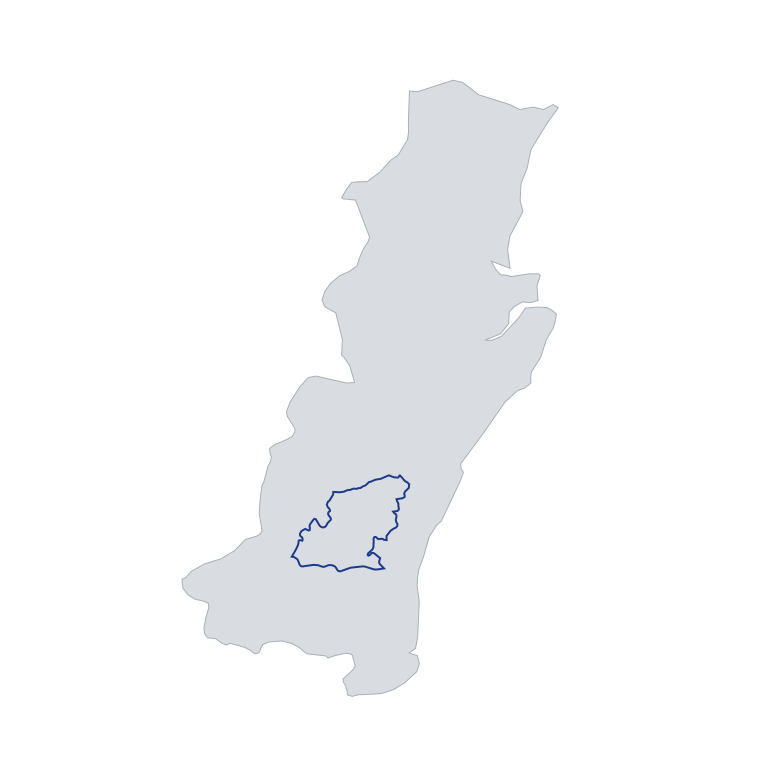 Portugal, with Viseu highlighted, rotated 193°
{"feature_id": "PRT-755", "entity_name": "Viseu", "entity_type": "District", "adm_level": 1, "iso_a3": "PRT", "parent_name": "Portugal", "parent_adm1": "", "projection": "mercator", "projection_center": [-7.901, 40.768], "detail": "fine", "context": "in_parent", "style": "outline", "palette": "blue", "viewbox_px": 768, "rotation_deg": 193, "n_neighbors": 0, "source": "natural_earth", "source_scale": "10m", "svg_char_len": 4728}
<svg xmlns="http://www.w3.org/2000/svg" viewBox="0 0 768 768"><g transform="rotate(193 384 384)"><path d="M296.9,97.2L305.7,88.7L314.5,83.1L319.3,81.0L339.4,75.3L344.7,72.5L349.7,72.9L350.5,75.7L353.4,81.0L356.6,84.7L357.5,87.5L349.7,98.9L348.6,102.9L352.7,110.3L353.4,112.4L355.4,113.4L360.8,113.1L370.5,108.4L377.0,104.4L379.3,106.0L398.3,103.8L402.8,105.6L405.8,107.6L415.2,110.4L425.4,110.7L438.0,106.8L443.5,102.9L444.6,98.6L444.9,95.4L446.5,93.3L449.4,92.1L453.9,94.3L460.3,96.0L475.7,96.7L478.7,94.3L483.9,95.0L490.8,98.0L498.8,97.0L502.8,100.7L504.5,105.6L505.0,116.2L504.4,126.9L505.9,130.9L511.3,131.9L520.0,131.8L527.8,134.7L533.9,139.7L535.9,144.9L536.8,148.4L533.8,150.5L529.6,158.1L518.9,168.0L503.7,176.9L492.1,188.0L484.1,201.3L474.1,206.9L471.0,209.9L469.8,213.5L476.4,229.7L478.5,242.2L480.1,257.4L479.0,261.7L478.5,278.4L477.0,283.3L477.3,287.3L479.8,291.6L480.9,295.6L476.3,300.8L467.9,306.8L461.7,312.1L460.1,317.1L460.5,320.2L470.9,330.7L472.8,334.9L471.4,345.3L465.4,362.2L459.7,372.5L458.7,373.5L452.1,376.4L420.7,376.5L413.0,378.8L414.1,380.9L421.5,394.0L429.2,401.1L431.8,402.7L434.5,418.0L447.0,442.5L459.1,445.9L463.3,452.0L462.5,460.6L458.8,470.0L451.4,479.6L442.6,486.4L436.8,493.1L436.3,500.9L434.5,510.8L431.7,518.6L431.0,523.8L453.2,556.8L465.5,555.2L467.1,556.0L464.9,563.8L461.0,573.0L456.3,574.7L445.8,577.5L435.8,589.4L427.7,603.6L421.6,610.5L416.0,627.4L416.7,634.7L419.4,645.9L425.1,675.1L417.0,676.4L385.1,695.5L375.2,695.5L356.8,687.1L324.3,684.5L313.7,682.0L300.5,687.4L290.3,687.3L282.1,694.3L276.3,692.4L283.0,676.7L293.5,645.6L293.1,626.5L295.6,610.0L292.7,593.5L287.4,583.2L294.6,556.5L293.8,542.7L287.2,525.1L307.1,527.8L301.0,520.9L294.9,516.6L289.0,517.6L284.1,517.3L267.1,524.1L258.6,526.1L256.2,525.0L257.1,514.1L252.7,500.0L259.5,496.3L267.4,495.2L274.1,489.2L278.2,482.5L276.1,470.5L281.9,459.0L295.6,449.4L288.5,450.9L280.4,456.9L267.6,478.7L263.4,489.7L252.5,493.3L242.7,495.1L237.7,493.9L231.8,491.1L231.2,483.0L231.7,476.5L235.8,463.6L237.3,445.3L243.1,428.9L242.7,424.5L241.1,418.0L246.2,411.6L252.6,407.4L262.2,393.3L275.7,359.5L291.3,323.5L290.0,319.1L286.7,315.7L288.0,305.9L297.4,263.3L301.2,257.8L305.6,245.2L306.6,225.0L308.3,211.0L307.9,203.9L306.5,195.5L300.6,179.3L294.3,144.9L293.8,133.4L299.0,127.6L290.5,126.8L286.6,119.3L287.5,110.9L296.9,97.2Z" fill="#d9dde1" stroke="#a8b0b8" stroke-width="1"/><path d="M407.3,192.6L411.7,192.0L422.7,187.8L424.1,187.9L425.5,188.9L428.3,193.0L429.5,194.0L432.6,195.1L435.0,194.9L432.6,202.9L431.8,206.5L431.5,208.9L431.9,212.2L430.7,213.0L428.5,212.9L428.2,213.4L428.3,214.1L428.9,215.6L429.7,216.3L430.6,216.8L431.4,217.2L431.9,217.9L432.1,218.9L432.0,220.2L431.2,222.3L428.2,225.1L424.7,224.3L423.5,224.9L423.9,227.4L424.4,228.1L424.6,229.3L424.5,230.7L422.4,235.6L421.5,237.0L420.0,236.9L419.3,236.1L418.7,235.6L415.6,232.2L414.2,231.1L413.3,230.7L411.0,230.5L409.9,231.1L409.1,231.8L408.7,232.4L407.7,235.7L406.6,237.7L405.6,239.1L405.3,239.9L405.4,240.8L406.2,241.8L408.5,243.7L409.0,244.4L409.3,245.3L409.3,246.2L409.1,246.8L408.0,248.2L409.0,250.0L411.0,251.3L412.6,253.5L412.2,256.6L410.9,258.1L408.7,264.9L409.1,267.5L402.9,268.5L398.9,270.0L396.0,272.2L393.2,273.2L390.7,274.9L389.7,275.3L386.9,275.7L386.0,276.6L384.1,277.1L383.1,277.8L382.1,279.0L378.9,281.4L376.7,284.9L375.0,285.8L370.9,288.8L365.8,290.9L358.7,296.1L353.3,295.3L349.3,296.0L348.9,296.4L348.7,296.9L348.6,297.5L348.4,298.0L348.2,298.4L347.6,298.4L346.9,297.7L345.4,296.9L343.9,295.6L341.7,294.1L338.8,293.3L337.9,292.5L336.9,292.1L336.5,288.3L339.2,284.1L339.5,283.1L339.6,281.5L338.7,279.8L338.5,279.0L338.6,278.3L340.8,276.6L345.9,274.6L344.8,272.7L344.2,272.0L343.6,271.3L343.1,270.6L342.5,268.3L341.4,265.6L341.4,264.8L341.9,263.9L342.5,263.2L346.4,261.7L344.8,260.4L343.1,259.7L342.7,259.4L342.0,257.8L341.9,254.3L341.6,253.5L341.1,252.4L339.8,251.0L339.3,250.2L339.2,249.4L339.2,248.9L339.2,248.4L340.1,246.8L342.3,245.0L344.5,242.6L346.4,238.5L347.2,237.0L347.3,236.3L346.3,232.5L349.1,232.2L349.9,232.6L351.0,232.7L352.1,232.6L353.8,231.7L354.9,231.7L355.7,232.0L356.4,232.6L357.2,232.9L358.0,233.0L358.8,232.8L359.3,231.9L359.3,230.5L358.6,228.2L358.1,225.0L357.7,223.4L357.6,222.6L357.8,221.1L358.3,219.8L361.3,215.5L361.4,214.8L361.5,214.6L361.5,214.3L361.4,213.8L361.1,213.4L360.4,213.3L359.2,214.4L358.9,214.7L358.7,215.2L358.0,216.6L356.8,216.9L355.7,216.9L348.6,213.5L348.7,210.8L348.8,209.9L348.5,208.7L348.1,208.0L342.5,204.3L348.8,201.8L351.8,201.1L361.1,201.8L363.8,201.5L375.2,197.5L379.3,194.9L384.3,191.7L386.1,191.5L387.4,192.1L389.6,194.3L390.7,195.1L392.3,195.6L394.1,195.7L395.9,195.4L397.5,194.9L400.2,193.0L401.5,192.3L403.1,192.1L403.4,192.1L407.3,192.6Z" fill="none" stroke="#1e3a8a" stroke-width="2"/></g></svg>